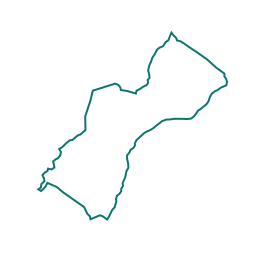 São Felipe, Bahia, Brazil (Natural Earth projection), rotated 46°
{"feature_id": "56859067B73272671574835", "entity_name": "São Felipe", "entity_type": "district", "adm_level": 2, "iso_a3": "BRA", "parent_name": "Brazil", "parent_adm1": "Bahia", "projection": "natural_earth1", "projection_center": [-39.09, -12.85], "detail": "fine", "context": "isolated", "style": "outline", "palette": "teal", "viewbox_px": 256, "rotation_deg": 46, "n_neighbors": 0, "source": "geoboundaries", "source_scale": "gbopen_adm2", "svg_char_len": 1803}
<svg xmlns="http://www.w3.org/2000/svg" viewBox="0 0 256 256"><g transform="rotate(46 128 128)"><path d="M76.7,127.4L82.3,136.2L89.9,150.7L100.0,160.1L99.7,163.7L99.7,166.6L98.5,168.8L98.2,172.6L98.0,176.5L96.4,178.3L96.0,183.3L96.1,186.3L96.1,188.8L95.3,192.1L98.4,192.8L100.5,195.3L101.1,199.3L100.2,202.3L100.1,205.2L102.7,206.6L105.3,208.4L104.6,211.9L101.7,213.7L103.0,215.9L102.2,219.1L102.5,222.3L105.8,223.4L108.2,225.1L108.2,229.2L110.4,232.5L109.8,235.1L113.0,234.3L113.1,230.9L112.8,227.7L111.5,224.1L121.1,220.2L124.8,219.8L128.5,219.5L154.4,214.5L157.8,215.6L161.5,216.9L164.9,216.7L167.6,218.4L171.2,209.0L173.6,207.6L176.0,207.1L179.3,206.6L178.4,203.0L177.1,199.3L176.0,196.4L175.8,192.6L174.0,189.7L172.7,187.4L170.7,185.9L169.1,183.0L169.4,179.8L168.8,176.8L167.1,175.2L166.1,171.8L164.2,170.5L163.0,168.1L161.6,164.3L159.1,160.8L157.8,158.7L156.9,155.4L154.2,153.0L152.3,151.7L149.7,150.2L147.1,147.8L146.5,143.8L145.5,141.2L146.1,137.9L145.4,135.3L143.7,133.3L142.6,130.5L142.8,124.2L142.9,119.9L143.8,116.4L145.0,113.3L145.7,109.9L145.9,106.3L146.8,98.7L148.5,94.6L150.4,92.6L153.7,88.2L156.3,85.4L158.5,83.3L160.2,81.5L162.6,79.3L165.0,76.2L165.5,72.6L165.0,69.2L164.1,65.2L164.9,62.6L165.0,59.4L165.4,54.8L164.7,51.6L162.6,47.5L161.5,44.0L161.9,40.0L163.1,36.6L163.5,33.1L164.4,30.7L165.6,27.5L163.5,24.7L160.8,23.3L157.8,22.8L155.9,20.9L146.0,22.6L142.5,22.9L138.5,23.1L133.4,23.5L126.1,24.9L102.5,29.8L99.0,31.9L96.8,30.8L93.2,30.9L89.6,30.5L91.1,34.1L92.9,37.8L92.4,41.5L93.5,46.0L92.1,49.5L91.8,53.0L93.5,57.4L94.3,61.5L96.5,65.8L98.0,69.6L100.6,73.5L104.1,75.5L106.9,77.7L107.2,80.6L109.3,82.0L110.1,84.7L108.8,88.7L108.2,92.6L107.1,95.9L108.6,98.4L100.8,102.9L95.7,106.7L93.6,105.4L90.3,105.0L87.1,106.5L76.7,127.4Z" fill="none" stroke="#0f766e" stroke-width="2"/></g></svg>